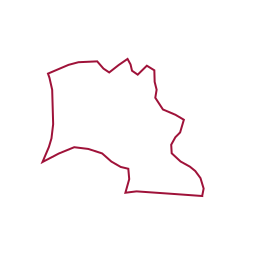 map outline of Prizren (orthographic projection), rotated 23°
{"feature_id": "KOS-5908", "entity_name": "Prizren", "entity_type": "District", "adm_level": 1, "iso_a3": "XKX", "parent_name": "Kosovo", "parent_adm1": "", "projection": "orthographic", "projection_center": [20.721, 42.201], "detail": "fine", "context": "isolated", "style": "outline", "palette": "rose", "viewbox_px": 256, "rotation_deg": 23, "n_neighbors": 0, "source": "natural_earth", "source_scale": "10m", "svg_char_len": 706}
<svg xmlns="http://www.w3.org/2000/svg" viewBox="0 0 256 256"><g transform="rotate(23 128 128)"><path d="M62.6,192.7L62.6,176.4L61.6,167.4L57.6,153.7L43.3,122.5L36.1,112.5L33.1,109.2L48.6,93.1L56.7,86.8L73.6,78.7L82.2,82.9L89.0,84.2L94.8,73.7L100.6,64.6L105.5,68.5L109.3,73.7L116.1,75.1L121.0,63.3L129.7,64.6L134.5,75.1L139.4,81.6L141.3,89.5L152.9,97.3L166.5,97.3L176.2,98.6L177.7,111.7L175.2,118.0L174.3,126.5L178.1,134.2L189.5,138.3L200.1,139.4L206.7,141.3L214.3,145.8L221.3,154.2L222.8,161.4L222.9,161.6L196.0,170.8L160.6,183.0L150.9,188.6L149.1,174.6L144.2,165.4L136.5,166.7L125.8,165.4L114.1,161.5L99.6,162.8L86.0,166.7L74.3,178.5L62.6,192.7Z" fill="none" stroke="#9f1239" stroke-width="2"/></g></svg>